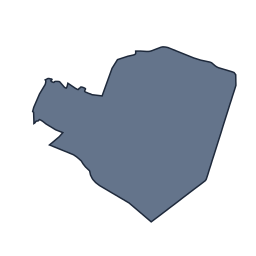 the Province of Al-Muthannia, rotated 282°
{"feature_id": "IRQ-3223", "entity_name": "Al-Muthannia", "entity_type": "Province", "adm_level": 1, "iso_a3": "IRQ", "parent_name": "Iraq", "parent_adm1": "", "projection": "natural_earth1", "projection_center": [45.575, 30.396], "detail": "fine", "context": "isolated", "style": "filled", "palette": "slate", "viewbox_px": 256, "rotation_deg": 282, "n_neighbors": 0, "source": "natural_earth", "source_scale": "10m", "svg_char_len": 1907}
<svg xmlns="http://www.w3.org/2000/svg" viewBox="0 0 256 256"><g transform="rotate(282 128 128)"><path d="M204.3,220.2L202.5,222.3L199.9,222.9L197.3,223.5L196.3,223.7L194.7,224.1L192.1,224.7L185.8,224.1L181.2,223.6L176.7,223.2L172.1,222.7L167.6,222.3L161.5,221.7L155.4,221.1L149.2,220.5L143.1,220.0L137.0,219.4L130.9,218.8L124.7,218.2L118.6,217.6L113.9,217.1L109.1,216.7L104.4,216.2L99.6,215.8L94.1,215.2L93.8,215.1L93.4,214.9L93.0,214.8L92.6,214.6L88.0,210.7L82.4,205.8L76.7,200.9L71.0,196.0L65.3,191.2L58.5,185.3L51.7,179.5L44.9,173.6L41.0,170.2L41.8,168.8L54.9,144.6L65.8,112.1L67.9,107.7L70.3,104.4L71.3,103.4L74.2,101.1L77.8,99.5L78.2,99.2L81.1,94.5L83.5,91.6L86.2,89.0L89.1,83.7L90.5,80.2L95.1,54.7L105.1,62.5L109.9,65.2L111.2,57.6L114.9,47.0L116.8,43.2L117.7,40.6L117.8,39.5L116.5,38.9L116.1,38.2L115.8,37.3L115.5,36.7L115.1,36.5L114.0,36.0L113.4,35.7L112.8,35.0L114.1,34.8L123.7,32.4L124.3,31.3L128.6,31.5L143.0,34.4L153.5,38.0L156.1,38.0L157.4,37.6L157.8,37.0L159.7,39.3L160.0,40.3L160.0,40.7L159.9,41.7L160.0,42.6L160.0,43.2L159.8,43.5L159.6,43.6L159.4,43.6L158.8,43.1L158.4,42.9L158.1,42.7L157.8,43.0L157.5,43.6L157.1,45.1L157.1,45.8L157.3,46.2L157.6,46.3L158.0,46.4L158.3,46.9L158.6,47.7L159.0,49.9L159.1,50.9L158.9,51.7L154.8,57.1L154.2,58.4L154.3,59.4L156.0,59.8L159.3,59.9L155.9,68.3L155.2,70.7L155.3,71.4L156.5,71.9L156.7,72.2L157.4,72.8L157.9,73.0L158.2,73.2L158.4,73.9L158.4,75.2L158.0,77.4L157.6,78.2L156.9,78.3L155.7,77.9L154.8,78.0L154.3,78.9L154.0,80.8L153.7,82.1L153.5,84.3L153.1,85.9L154.0,96.0L183.1,100.0L192.7,103.5L198.2,113.0L200.6,118.3L201.3,119.3L202.0,119.9L202.8,120.0L204.8,119.5L205.8,123.9L206.8,130.6L207.3,132.7L208.1,134.5L213.9,143.5L214.5,144.9L214.8,146.3L215.0,148.2L215.0,150.3L210.2,177.7L209.5,185.0L209.5,194.3L209.2,196.2L207.0,200.2L206.3,201.9L205.8,203.8L204.6,218.4L204.3,220.2L204.3,220.2Z" fill="#64748b" stroke="#1e293b" stroke-width="1.5"/></g></svg>